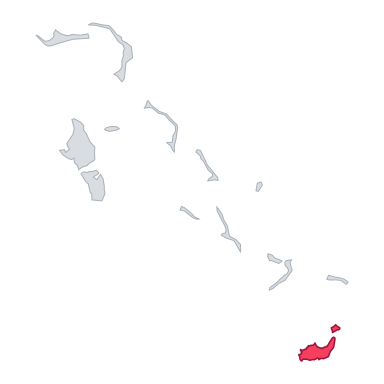 where Inagua sits in The Bahamas
{"feature_id": "BHS-5038", "entity_name": "Inagua", "entity_type": "District", "adm_level": 1, "iso_a3": "BHS", "parent_name": "The Bahamas", "parent_adm1": "", "projection": "albers", "projection_center": [-73.316, 21.237], "detail": "fine", "context": "in_parent", "style": "filled", "palette": "rose", "viewbox_px": 384, "rotation_deg": 0, "n_neighbors": 0, "source": "natural_earth", "source_scale": "10m", "svg_char_len": 4499}
<svg xmlns="http://www.w3.org/2000/svg" viewBox="0 0 384 384"><path d="M94.8,146.9L94.5,153.6L94.9,158.7L94.3,160.4L88.7,163.6L87.3,165.5L82.0,167.2L78.8,169.8L77.4,165.4L74.4,162.7L74.1,158.2L71.7,159.6L68.4,158.6L63.0,155.0L59.6,150.3L64.5,149.6L65.5,152.5L69.4,149.1L68.6,147.2L67.9,147.0L66.8,143.5L72.8,134.6L74.3,128.8L71.9,119.4L74.4,118.8L80.8,122.3L83.7,125.6L83.6,130.1L86.3,133.6L90.0,141.9L94.8,146.9ZM98.4,172.4L98.5,173.7L93.3,177.1L96.9,179.7L100.5,174.3L103.1,178.8L104.4,187.2L104.1,188.6L104.4,189.8L104.8,191.4L104.9,193.7L101.9,200.9L91.9,199.9L91.8,193.8L90.3,192.6L88.2,183.8L85.2,180.9L81.0,173.6L83.6,171.8L86.9,172.5L88.7,171.7L93.4,171.2L96.3,170.3L98.4,172.4ZM333.9,345.4L332.2,349.5L326.7,357.3L314.5,359.2L300.9,359.6L299.9,357.4L299.6,355.6L300.6,352.7L300.5,351.5L300.0,350.3L304.9,349.1L308.1,345.5L313.2,344.9L319.6,347.4L323.0,347.5L328.1,344.7L332.2,338.7L334.6,339.4L333.9,345.4ZM122.6,81.2L121.6,81.7L117.4,76.0L113.9,74.3L119.5,70.6L121.9,67.2L122.0,59.9L123.5,55.9L123.1,52.4L124.4,48.9L122.9,44.8L118.4,41.6L109.7,28.7L95.6,25.3L88.2,24.9L92.3,23.0L96.0,23.4L101.8,24.8L108.6,25.5L112.7,29.3L116.6,34.4L120.2,36.4L121.7,37.7L121.5,39.2L122.1,40.5L126.7,42.9L131.4,46.8L132.6,57.7L126.0,62.7L124.4,78.4L122.6,81.2ZM60.5,33.7L66.5,35.7L69.8,35.5L71.7,34.5L80.7,35.2L87.9,33.8L88.9,36.7L88.7,38.3L73.3,39.2L59.1,43.1L51.2,45.8L47.6,46.0L44.9,44.3L35.9,35.1L38.3,36.1L45.0,41.3L49.3,40.6L53.4,37.4L54.1,34.9L53.5,33.7L55.5,29.8L60.5,33.7ZM151.1,105.0L159.2,111.4L166.3,113.9L173.8,121.9L177.0,124.7L177.6,127.3L176.1,138.9L174.2,145.8L174.4,152.0L172.6,150.1L170.9,146.1L167.9,143.7L166.9,142.5L172.3,142.3L172.9,136.0L175.6,131.1L175.3,125.9L169.2,120.1L165.0,115.0L158.4,113.2L152.4,108.1L148.8,107.4L144.4,108.2L146.0,105.3L147.2,101.4L148.1,100.6L151.1,105.0ZM240.7,250.4L240.4,251.8L234.0,240.6L225.9,237.9L221.3,235.1L222.3,233.6L225.5,233.0L226.1,229.5L224.8,225.7L220.6,217.9L218.2,212.7L217.2,211.5L216.9,207.1L221.9,213.9L223.9,220.0L227.3,225.9L229.4,236.1L235.9,239.6L240.5,244.5L240.7,250.4ZM273.0,288.5L269.4,290.1L270.2,287.3L277.1,282.4L281.0,278.1L283.2,276.6L284.0,275.4L287.0,273.9L288.5,271.1L288.1,268.9L285.0,265.1L285.0,262.5L286.1,260.6L291.5,259.8L290.0,262.6L292.1,270.5L285.0,280.3L278.9,283.4L273.0,288.5ZM217.7,177.6L218.0,180.4L214.6,179.8L209.5,180.8L207.7,180.8L208.9,178.9L212.4,176.3L212.6,173.9L208.3,170.2L203.4,161.2L201.1,159.1L200.1,155.7L195.9,152.0L196.8,150.1L197.7,149.7L200.5,150.6L206.8,163.6L207.2,164.8L217.7,177.6ZM333.0,276.6L336.2,277.4L337.9,277.4L343.8,279.0L347.3,281.3L348.1,282.2L346.2,284.3L340.8,280.4L336.1,279.9L329.4,280.0L326.8,279.3L328.6,275.2L333.0,276.6ZM280.8,260.2L282.0,261.2L278.7,263.4L271.3,260.6L269.7,260.8L268.2,257.8L267.7,255.7L268.0,253.7L272.4,255.2L274.8,258.1L280.8,260.2ZM115.2,130.4L109.5,131.4L105.5,130.2L104.5,129.3L106.2,127.8L110.1,126.6L116.3,126.6L118.9,128.2L119.3,128.9L115.2,130.4ZM199.0,219.0L196.8,219.3L193.0,217.8L184.2,210.9L180.1,210.2L181.5,206.4L184.6,207.8L191.7,213.7L194.4,216.7L199.0,219.0ZM262.3,185.3L258.2,191.3L256.0,190.8L257.3,183.3L260.1,182.1L261.2,182.1L262.3,185.3ZM339.5,327.9L332.7,330.6L332.0,327.4L335.5,324.9L339.5,327.9Z" fill="#d9dde1" stroke="#a8b0b8" stroke-width="1"/><path d="M301.7,352.7L301.8,351.6L301.2,350.9L300.6,350.2L300.6,349.7L302.4,350.5L303.4,350.1L304.3,349.8L305.0,349.3L306.6,348.9L306.9,347.8L308.1,346.7L308.6,345.7L309.7,346.0L310.7,345.4L312.2,345.4L312.8,345.4L313.3,345.1L313.8,344.7L314.6,343.6L315.0,343.1L315.2,343.4L315.6,344.5L316.4,345.5L317.4,346.9L318.8,347.5L322.0,348.6L323.2,347.9L324.3,347.3L326.9,346.7L328.1,345.1L329.2,342.9L331.7,338.9L332.5,337.8L333.5,337.2L334.6,337.6L335.0,338.6L334.9,339.9L333.9,345.8L333.5,347.4L330.2,351.6L328.5,356.5L327.4,357.1L323.6,358.7L321.3,358.4L320.6,358.6L320.2,358.9L319.1,359.6L318.8,359.6L318.8,359.2L319.1,358.9L318.4,358.3L317.3,358.1L314.5,359.7L312.8,359.6L309.7,360.3L307.4,359.4L304.1,359.1L303.3,359.2L302.5,359.6L302.3,360.0L302.0,360.5L301.8,361.0L301.4,360.9L300.8,360.5L300.2,359.7L300.0,359.1L299.9,358.1L299.8,356.9L298.9,355.3L298.8,355.0L298.9,354.6L300.5,354.4L301.3,353.9L301.7,352.7ZM335.2,331.0L333.5,331.9L333.0,332.4L332.5,332.5L332.4,331.9L332.5,331.2L332.1,330.1L331.5,329.0L331.3,327.9L331.8,327.5L333.0,327.1L334.0,326.5L334.9,325.4L335.6,324.8L336.1,325.1L336.8,326.0L337.3,326.4L338.3,327.0L339.4,327.5L339.8,328.0L339.6,329.1L338.7,329.8L336.7,330.0L335.8,330.8L335.2,331.0Z" fill="#f43f5e" stroke="#9f1239" stroke-width="1.5"/></svg>